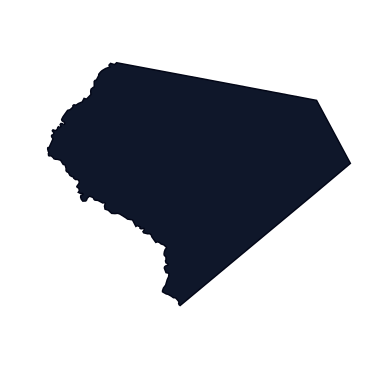 Brewster, Texas, United States of America, rotated 101°
{"feature_id": "52423323B18775242771825", "entity_name": "Brewster", "entity_type": "district", "adm_level": 2, "iso_a3": "USA", "parent_name": "United States of America", "parent_adm1": "Texas", "projection": "mercator", "projection_center": [-103.031, 29.819], "detail": "fine", "context": "isolated", "style": "filled", "palette": "ink", "viewbox_px": 384, "rotation_deg": 101, "n_neighbors": 0, "source": "geoboundaries", "source_scale": "gbopen_adm2", "svg_char_len": 2516}
<svg xmlns="http://www.w3.org/2000/svg" viewBox="0 0 384 384"><g transform="rotate(101 192 192)"><path d="M78.3,87.2L78.8,184.5L79.5,290.7L79.7,290.8L81.7,292.4L81.3,296.5L83.3,297.7L85.0,296.5L87.3,300.4L90.0,303.4L91.6,304.6L94.2,306.0L95.5,305.8L99.9,307.1L100.4,307.4L101.0,308.5L102.1,309.1L107.5,308.0L108.1,308.9L110.3,310.7L112.3,310.7L115.6,309.8L120.6,313.0L120.9,313.7L120.7,315.8L124.5,316.9L126.9,320.5L128.4,321.9L128.9,322.8L128.9,324.3L129.2,324.9L130.1,325.4L131.0,325.1L131.7,325.3L134.5,327.4L135.6,329.7L142.6,332.9L145.7,333.8L146.7,333.3L147.4,332.1L147.9,330.5L148.9,329.9L149.9,330.1L150.2,331.2L149.7,332.3L149.7,333.7L150.9,334.3L152.8,333.1L153.8,333.9L153.4,335.6L154.4,336.1L156.1,336.2L157.4,337.1L157.8,338.3L157.5,340.3L158.6,340.8L159.3,340.1L159.8,339.2L160.4,338.8L161.3,338.9L162.4,339.5L163.0,340.5L163.7,340.6L164.6,340.3L166.3,338.6L175.8,340.8L175.8,341.7L176.1,342.0L177.3,341.9L179.3,341.0L180.6,340.0L181.8,340.3L183.6,339.7L183.8,339.1L183.3,337.1L184.8,334.7L185.7,333.9L185.9,332.4L185.6,330.0L185.9,327.0L189.5,323.7L189.6,322.0L189.9,321.6L192.8,320.1L195.1,319.7L195.8,319.0L196.2,318.2L196.3,317.1L199.0,315.0L199.7,312.9L200.0,311.0L201.0,310.7L202.0,308.8L201.6,306.8L202.1,305.5L202.9,304.9L204.8,304.4L208.5,306.1L208.9,306.0L209.4,305.3L209.8,303.9L211.7,303.0L212.8,303.0L214.0,303.6L214.8,300.8L214.3,299.9L214.3,299.1L214.8,298.6L215.3,298.5L216.8,300.4L218.2,300.4L220.1,299.4L221.8,297.5L221.1,294.6L219.6,293.8L218.6,293.9L216.2,292.4L215.7,291.4L216.3,288.0L218.1,286.6L218.5,285.7L218.2,282.7L219.8,277.5L219.2,275.9L219.8,274.9L220.2,274.8L221.0,275.1L222.6,275.2L225.4,274.1L225.8,270.8L228.3,266.8L227.9,263.5L227.1,260.9L227.3,258.9L229.9,252.1L230.9,250.1L230.7,245.1L236.5,240.5L235.8,239.8L235.5,239.1L236.1,236.1L237.3,236.3L237.9,235.0L236.9,232.3L237.9,231.7L238.7,231.8L240.3,232.6L241.3,231.6L241.5,227.5L241.0,225.7L241.7,224.0L243.7,222.8L248.4,217.9L247.5,216.4L247.7,214.5L248.9,212.4L249.2,209.7L250.9,206.9L251.9,206.3L253.4,207.3L255.8,207.7L258.2,207.6L259.3,207.2L260.8,205.2L263.2,204.6L264.7,204.9L266.5,204.0L266.8,202.7L267.5,201.6L268.7,202.0L269.0,203.0L270.3,204.4L271.2,204.7L272.1,204.6L276.1,202.1L276.2,199.5L276.9,199.0L279.6,198.8L282.9,199.6L288.4,200.1L291.7,201.7L294.6,202.1L295.6,201.9L297.0,197.8L297.0,196.0L298.2,192.4L299.3,190.1L299.0,188.0L301.2,185.0L302.6,183.7L303.8,183.9L305.1,183.2L305.7,182.0L267.9,151.2L170.4,71.6L133.7,42.0L78.3,87.2Z" fill="#0f172a" stroke="#020617" stroke-width="1.5"/></g></svg>